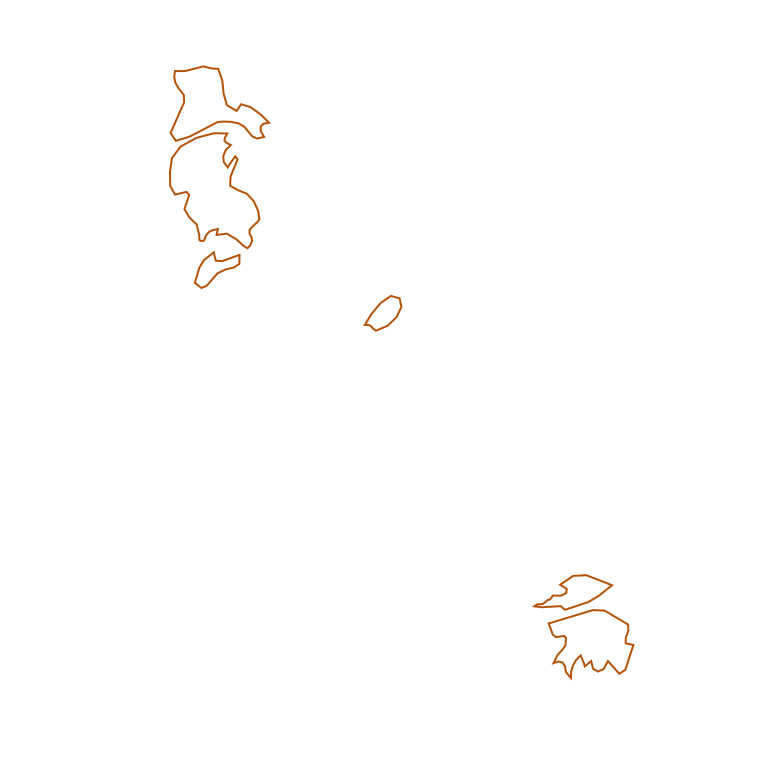 the Province of Central, rotated 230°
{"feature_id": "SLB-1262", "entity_name": "Central", "entity_type": "Province", "adm_level": 1, "iso_a3": "SLB", "parent_name": "Solomon Islands", "parent_adm1": "", "projection": "natural_earth1", "projection_center": [159.827, -9.067], "detail": "fine", "context": "isolated", "style": "outline", "palette": "amber", "viewbox_px": 768, "rotation_deg": 230, "n_neighbors": 0, "source": "natural_earth", "source_scale": "10m", "svg_char_len": 2146}
<svg xmlns="http://www.w3.org/2000/svg" viewBox="0 0 768 768"><g transform="rotate(230 384 384)"><path d="M585.3,377.5L581.3,376.8L578.3,374.7L576.4,371.3L575.7,366.7L580.1,365.2L589.9,363.9L600.1,360.3L605.8,351.6L609.5,356.3L612.1,351.3L613.0,347.3L612.2,343.4L609.5,338.2L611.6,335.4L613.1,335.2L616.9,338.2L626.6,343.1L636.6,342.0L646.2,343.5L654.1,356.3L658.1,356.3L663.4,345.7L673.1,347.5L684.0,356.3L693.3,366.7L696.7,380.7L693.1,398.6L685.3,415.1L676.6,425.0L674.8,420.2L672.9,418.2L670.0,418.4L665.5,420.3L664.9,412.9L661.8,407.2L656.9,403.9L650.3,403.5L651.6,406.9L654.0,416.4L650.3,416.4L641.5,399.8L634.7,393.5L626.2,396.8L618.0,401.2L607.9,401.7L598.0,399.1L590.5,394.7L589.4,391.0L589.2,385.3L588.4,379.9L585.3,377.5ZM670.9,442.3L677.0,440.2L683.2,435.3L688.3,429.6L691.6,425.0L698.5,394.0L704.1,380.8L713.5,381.9L728.2,411.9L734.1,416.4L742.3,416.7L748.8,417.8L753.8,420.5L758.1,425.0L751.5,432.9L743.4,449.8L736.1,455.2L732.0,459.6L720.4,455.2L709.4,447.7L698.6,442.9L687.9,446.6L690.1,454.4L682.0,459.7L669.5,462.8L658.1,463.9L660.8,458.9L660.4,454.9L656.9,452.1L650.3,451.0L653.5,444.7L658.1,442.3L670.9,442.3ZM79.5,353.1L83.6,352.2L94.7,356.3L76.5,398.7L68.7,407.3L42.7,416.4L38.0,412.6L34.2,406.1L30.0,402.5L23.8,407.3L9.9,385.1L10.8,378.0L27.8,377.5L24.5,369.1L26.2,363.1L31.4,361.1L38.6,364.6L38.6,356.3L41.2,357.5L49.7,360.2L49.0,353.6L46.9,347.8L43.4,342.6L38.6,338.2L46.4,338.2L51.7,341.3L56.0,341.7L59.2,339.4L61.2,334.4L64.9,342.9L65.7,349.6L67.1,355.0L72.5,360.2L75.2,360.1L79.5,353.1ZM94.7,377.5L100.2,376.6L111.4,361.6L117.0,356.3L116.8,359.2L116.0,360.9L114.6,362.4L113.3,364.6L113.3,370.9L112.2,372.5L113.3,377.5L108.0,383.6L106.7,389.3L109.6,392.2L117.0,390.0L115.4,405.6L107.6,416.0L83.3,429.3L83.7,412.2L85.6,400.4L94.7,377.5ZM575.8,356.3L569.0,350.4L569.7,343.9L573.5,336.6L575.8,327.7L573.2,311.0L575.0,305.8L583.1,304.1L591.7,317.2L594.6,325.5L594.3,338.2L586.6,334.4L582.1,339.1L575.8,356.3ZM439.6,451.0L431.9,446.9L427.2,436.8L426.3,424.1L430.1,412.0L433.5,411.2L436.1,411.3L438.7,410.5L441.6,407.3L445.7,419.4L448.2,433.8L447.0,445.9L439.6,451.0Z" fill="none" stroke="#b45309" stroke-width="2"/></g></svg>